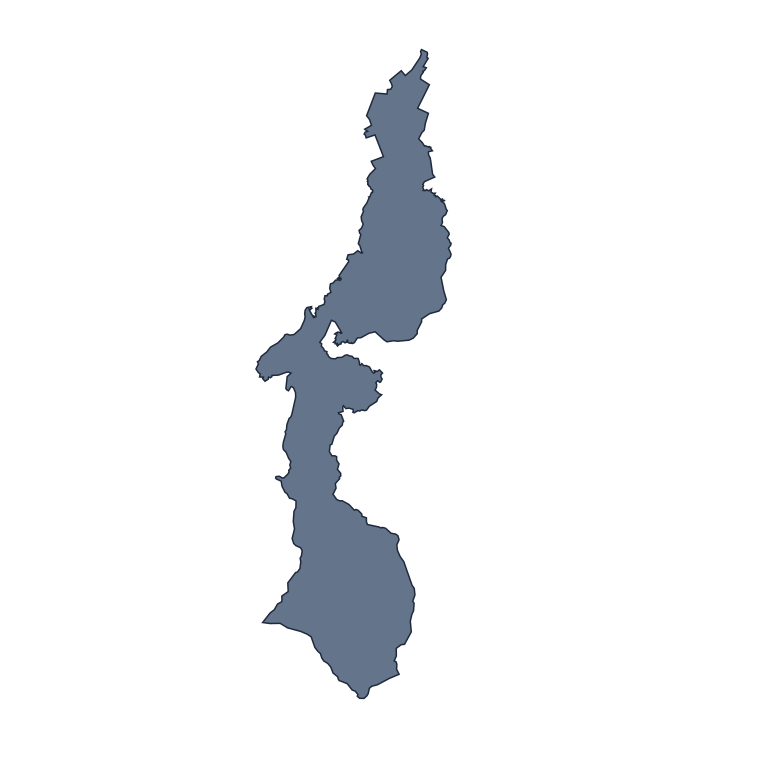 Gura Raului, Sibiu, Romania (Mercator projection), rotated 320°
{"feature_id": "2599482B41603042595188", "entity_name": "Gura Raului", "entity_type": "district", "adm_level": 2, "iso_a3": "ROU", "parent_name": "Romania", "parent_adm1": "Sibiu", "projection": "mercator", "projection_center": [23.906, 45.675], "detail": "fine", "context": "isolated", "style": "filled", "palette": "slate", "viewbox_px": 768, "rotation_deg": 320, "n_neighbors": 0, "source": "geoboundaries", "source_scale": "gbopen_adm2", "svg_char_len": 6171}
<svg xmlns="http://www.w3.org/2000/svg" viewBox="0 0 768 768"><g transform="rotate(320 384 384)"><path d="M137.7,488.7L142.7,494.2L150.6,500.6L153.4,508.9L161.1,519.9L164.3,526.2L165.7,530.8L161.7,541.4L161.5,546.5L162.0,549.6L160.2,554.0L159.8,557.4L161.3,561.9L161.3,566.5L159.2,572.7L160.3,578.5L159.1,581.1L159.1,582.4L163.2,589.9L162.9,597.9L164.5,600.8L164.4,605.1L162.8,606.1L163.3,609.1L166.5,612.0L170.2,611.9L172.7,611.1L177.2,607.7L180.4,607.7L185.7,610.2L199.0,613.0L209.0,616.1L210.3,610.6L213.7,607.0L214.7,604.6L213.8,602.7L218.6,600.3L223.4,594.4L229.5,594.7L232.4,596.6L245.6,591.4L251.7,582.6L257.4,578.3L260.8,576.8L266.1,571.3L266.5,568.8L272.1,565.5L275.8,560.0L276.1,556.3L285.0,532.7L285.4,526.8L287.3,520.2L290.4,515.5L295.4,513.0L297.1,509.3L296.5,506.5L293.5,502.9L292.5,495.5L290.7,493.0L288.9,492.0L288.4,490.5L281.0,481.0L281.9,478.4L284.5,475.2L282.1,471.1L283.4,469.3L283.0,464.1L281.9,462.1L280.2,461.7L279.7,453.7L276.9,446.5L274.9,444.9L273.5,442.1L274.1,435.7L280.3,433.0L282.7,429.0L289.2,428.0L289.8,426.7L291.8,426.6L293.4,424.6L293.5,419.4L298.2,416.3L298.7,412.0L301.0,409.2L300.2,407.4L298.0,405.6L298.6,400.8L303.5,396.1L305.4,396.6L312.4,392.0L316.2,391.5L321.5,389.0L325.6,388.7L327.6,386.9L329.2,386.6L331.5,379.9L330.2,378.0L330.6,376.7L335.0,378.7L337.4,375.3L339.0,374.7L339.0,378.4L341.5,379.8L343.8,383.2L343.7,384.4L342.0,385.6L342.6,386.9L346.8,387.6L348.1,389.2L350.1,389.4L352.0,391.9L353.7,392.8L358.6,391.6L367.2,392.7L370.4,390.9L375.3,390.7L374.1,388.6L373.3,382.9L376.1,381.7L378.2,379.5L378.5,377.8L381.3,377.4L381.8,380.0L382.7,380.3L385.8,379.0L386.1,376.8L387.6,374.9L389.9,374.7L389.6,370.2L387.0,370.1L384.7,366.8L385.0,369.2L383.2,369.2L382.8,367.4L383.8,361.5L382.3,358.6L380.2,356.8L380.1,354.1L377.8,354.4L377.9,352.9L379.1,351.7L380.6,347.8L377.4,344.9L377.3,342.0L375.9,340.9L374.7,338.2L372.9,337.0L368.9,336.5L365.2,333.7L363.0,333.5L359.9,330.5L359.2,327.3L359.9,325.1L359.6,323.8L361.1,322.5L359.7,320.2L360.5,318.1L360.3,314.9L362.2,312.9L361.5,310.8L370.1,308.7L384.7,301.4L386.5,305.2L384.5,317.7L383.4,317.5L383.2,315.7L381.8,314.5L381.1,315.0L380.7,314.1L378.4,314.0L379.3,315.7L379.0,316.4L375.7,317.8L376.1,318.4L375.1,319.5L372.1,319.6L372.6,320.5L373.6,320.2L372.5,321.8L374.3,322.9L373.9,323.9L372.9,323.7L372.8,325.0L375.5,324.9L376.7,325.7L378.1,324.7L380.1,325.3L380.5,327.3L382.1,328.0L383.8,326.8L384.2,327.2L383.0,328.3L383.5,330.1L384.9,331.7L385.8,331.5L385.8,332.6L387.8,333.3L393.2,331.6L396.1,333.7L405.2,335.5L410.8,338.4L412.4,350.2L413.4,353.6L419.0,356.9L422.1,360.1L431.3,366.5L436.0,367.7L441.8,366.8L443.9,364.3L452.7,360.6L454.6,358.4L464.1,359.4L472.9,363.4L477.1,362.9L480.1,361.0L482.3,361.2L486.0,359.5L489.5,351.4L496.3,338.9L504.2,336.6L508.0,332.2L513.0,329.1L515.1,329.7L517.5,328.8L518.9,327.5L520.7,321.4L524.5,320.5L525.9,319.2L525.5,317.9L526.5,315.7L526.4,312.7L530.2,311.2L531.0,309.7L531.3,302.2L529.6,299.3L532.7,297.8L534.8,294.6L537.3,293.6L540.0,293.9L544.0,291.8L543.9,290.5L546.3,284.5L545.5,281.0L548.8,282.8L546.7,280.4L548.2,279.7L545.4,279.6L546.2,279.2L545.6,274.3L543.3,273.6L544.8,273.7L543.9,271.4L545.9,270.8L544.2,269.5L543.4,267.2L545.8,265.1L542.3,264.7L541.6,262.5L539.7,262.3L538.5,261.0L539.4,260.8L540.0,258.3L542.0,257.3L542.0,256.0L545.1,255.0L555.9,258.1L556.1,254.5L563.4,242.8L564.9,240.0L565.2,237.7L566.7,235.3L567.5,234.7L571.0,236.5L571.2,233.3L572.0,232.9L571.2,231.1L570.5,231.3L568.9,228.2L568.0,227.7L568.5,223.6L568.1,218.5L574.4,215.8L578.0,215.4L583.4,210.8L592.0,205.2L587.0,194.4L611.1,183.9L608.0,173.9L610.1,171.6L614.5,170.4L614.7,169.4L616.5,169.9L619.7,168.9L618.0,166.1L627.2,162.9L626.7,161.3L629.5,159.2L630.3,157.6L627.7,151.9L625.7,152.8L624.7,155.2L621.1,157.2L607.1,161.3L598.6,161.4L598.6,155.1L583.6,155.0L582.7,159.0L581.5,161.5L578.6,162.5L575.9,160.7L572.7,163.8L564.4,155.5L543.1,167.3L542.9,172.1L540.7,177.8L533.0,176.4L533.9,179.9L531.5,179.0L529.4,179.8L529.7,181.4L528.5,184.0L537.2,187.4L529.7,209.5L517.4,205.2L516.3,209.0L515.9,213.5L507.9,214.2L502.9,216.0L502.6,217.7L501.4,218.1L501.6,218.8L499.9,220.6L500.3,221.0L499.6,222.3L500.1,224.1L499.3,226.5L500.0,228.0L499.1,229.4L498.2,229.9L497.6,229.2L493.6,231.4L492.5,230.9L492.4,231.7L487.5,234.2L480.9,236.0L479.6,237.3L479.4,238.5L474.0,241.2L471.8,244.6L470.9,248.1L466.9,250.2L463.7,250.2L462.4,252.6L462.4,254.5L454.5,260.0L454.4,262.6L451.9,268.3L451.9,269.6L450.8,269.2L449.6,265.0L444.3,264.9L439.5,261.9L435.6,264.5L436.5,266.0L435.7,267.5L419.3,272.0L418.8,273.3L415.4,273.2L419.0,275.1L418.7,276.0L416.9,276.5L416.8,275.6L413.6,273.3L409.6,273.9L407.4,272.8L403.9,275.8L402.2,279.7L398.5,278.9L397.3,279.9L395.5,278.4L392.6,280.7L392.0,282.6L389.3,284.5L383.8,282.6L382.6,283.6L382.0,282.9L381.3,284.2L380.4,282.3L378.2,285.1L376.7,285.5L376.9,286.2L375.1,288.7L374.4,288.4L373.8,286.1L373.4,288.0L372.8,287.9L374.3,279.5L374.7,278.5L375.3,279.6L377.5,279.6L377.1,278.7L378.1,278.1L374.1,275.9L371.0,276.8L368.3,279.3L366.9,281.7L364.0,284.0L355.7,288.0L346.9,288.3L343.4,286.1L341.8,283.5L339.7,282.6L337.3,283.6L329.0,284.3L320.8,282.8L314.9,284.1L307.7,283.9L303.6,285.8L301.3,285.6L300.7,287.9L295.6,290.2L295.1,294.5L295.6,296.8L293.2,298.6L296.0,301.3L294.5,301.9L294.6,305.4L298.4,305.9L300.0,304.5L301.0,306.2L302.7,306.3L303.6,305.4L309.0,309.4L316.6,312.2L318.5,313.5L319.8,315.9L314.6,316.1L305.9,324.4L305.8,326.0L306.5,327.8L310.9,326.3L311.6,326.6L312.2,328.9L310.7,333.7L307.8,337.4L293.6,348.2L291.3,349.4L289.1,349.4L283.5,352.7L279.8,356.4L277.5,357.0L276.8,359.0L269.5,363.9L266.4,366.8L264.8,369.5L265.1,373.5L263.1,379.9L262.9,383.4L259.8,385.5L258.4,388.5L255.6,388.8L254.7,390.4L252.4,391.2L246.9,391.6L245.5,390.3L244.5,387.4L241.8,385.5L240.5,386.4L240.5,387.6L242.8,392.3L240.1,396.9L238.6,403.2L239.2,405.7L238.2,410.9L240.0,413.0L241.4,417.1L236.9,422.2L233.2,423.7L226.1,431.0L222.3,437.5L214.3,443.3L212.3,448.1L212.6,451.2L214.9,456.0L214.0,459.3L210.2,462.6L207.7,463.6L206.0,466.7L201.0,471.3L196.8,472.4L195.1,471.6L182.5,474.5L177.2,481.4L169.4,480.8L166.5,484.4L165.3,485.0L161.1,484.1L154.9,486.4L149.6,486.2L137.7,488.7Z" fill="#64748b" stroke="#1e293b" stroke-width="1.5"/></g></svg>